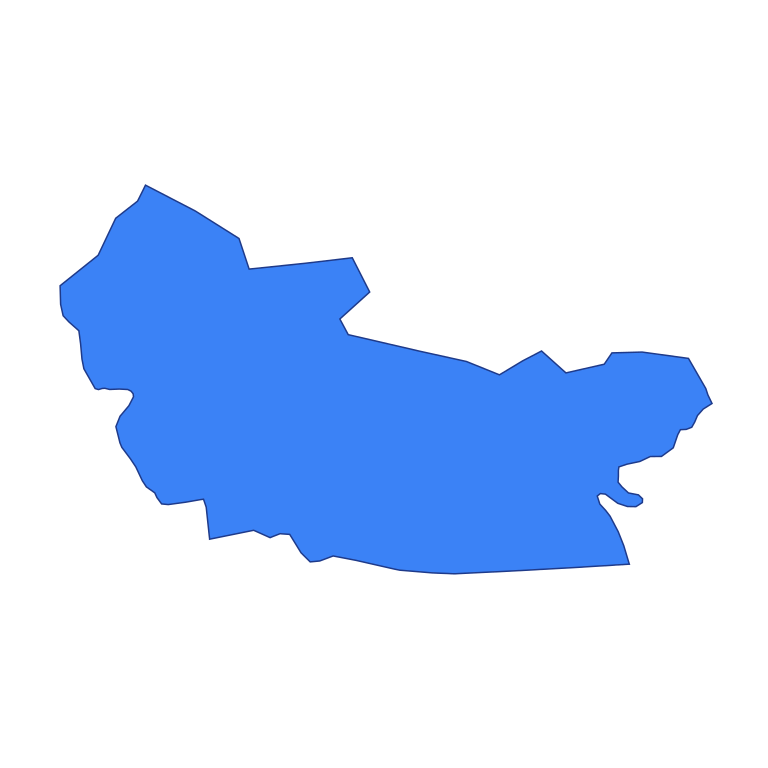 Kubum, Southern Darfur, Sudan, rotated 273°
{"feature_id": "16777658B37095470254890", "entity_name": "Kubum", "entity_type": "district", "adm_level": 2, "iso_a3": "SDN", "parent_name": "Sudan", "parent_adm1": "Southern Darfur", "projection": "robinson", "projection_center": [23.862, 11.742], "detail": "fine", "context": "isolated", "style": "filled", "palette": "blue", "viewbox_px": 768, "rotation_deg": 273, "n_neighbors": 0, "source": "geoboundaries", "source_scale": "gbopen_adm2", "svg_char_len": 2128}
<svg xmlns="http://www.w3.org/2000/svg" viewBox="0 0 768 768"><g transform="rotate(273 384 384)"><path d="M556.6,129.6L553.7,128.3L535.5,107.4L497.6,91.8L465.2,55.4L446.6,56.9L435.4,60.0L429.5,66.1L421.2,76.5L408.3,78.9L393.0,81.1L383.5,83.5L364.3,95.8L363.5,99.2L364.8,102.8L365.1,105.5L364.2,110.3L365.1,119.9L365.1,128.4L363.6,131.8L361.1,134.0L358.1,134.5L349.0,130.4L338.0,122.1L327.4,118.5L311.4,123.4L307.0,125.5L296.0,134.7L288.2,140.5L274.8,147.7L268.8,152.1L263.3,160.8L258.7,163.2L252.6,168.2L252.3,174.8L255.5,191.7L256.1,194.4L258.9,206.6L259.5,209.8L251.7,212.9L222.3,217.6L220.0,218.0L219.9,218.0L231.1,261.5L224.6,278.3L225.8,280.8L229.1,288.1L229.0,289.7L228.9,297.7L225.6,300.0L217.5,305.6L211.1,310.0L208.4,313.0L202.5,319.6L203.2,324.4L203.9,329.1L209.6,342.2L208.0,353.9L206.4,365.4L199.7,404.1L198.9,409.5L197.9,441.9L198.0,452.1L198.1,457.4L198.1,462.2L198.2,465.0L198.6,468.6L201.8,500.1L202.4,506.5L203.1,513.2L204.7,528.3L204.8,529.7L206.5,545.2L207.0,549.5L207.3,552.6L209.2,570.1L210.5,582.3L210.8,584.9L211.0,586.7L211.5,591.3L211.7,592.7L213.3,606.6L213.5,608.4L214.0,613.0L214.2,615.2L214.4,616.8L214.8,620.3L214.9,621.1L215.1,622.6L215.2,623.6L215.3,623.9L215.5,625.7L215.7,627.7L215.7,628.0L215.9,629.4L216.0,630.4L216.1,631.1L216.1,631.3L216.1,631.6L216.3,633.0L216.6,635.4L216.6,635.7L216.6,636.0L216.7,636.4L216.8,637.4L216.9,638.0L216.9,638.4L235.1,631.9L248.8,625.6L263.8,616.7L269.2,612.1L275.4,605.8L283.3,602.8L285.9,605.8L285.6,610.9L281.2,617.5L277.1,623.7L274.4,633.5L274.7,642.0L279.1,648.2L282.9,648.2L286.6,643.9L288.0,633.8L293.8,626.9L298.2,622.9L304.3,622.9L309.9,622.6L313.5,622.9L316.6,630.7L320.0,643.5L325.5,653.7L326.2,664.9L335.4,676.2L348.7,680.0L353.9,682.4L354.5,688.2L356.9,693.6L362.3,696.3L368.9,698.7L375.7,704.1L381.7,712.6L390.1,708.0L396.3,705.6L425.5,686.7L429.4,640.1L427.0,610.0L415.3,602.9L404.6,565.1L425.2,539.6L414.4,521.3L399.2,498.8L410.8,465.1L418.7,417.5L431.4,345.7L446.6,336.5L475.1,364.9L508.4,345.7L500.4,298.8L491.7,243.3L521.7,231.6L546.9,186.5L570.1,135.4L564.2,132.9L556.6,129.6Z" fill="#3b82f6" stroke="#1e3a8a" stroke-width="1.5"/></g></svg>